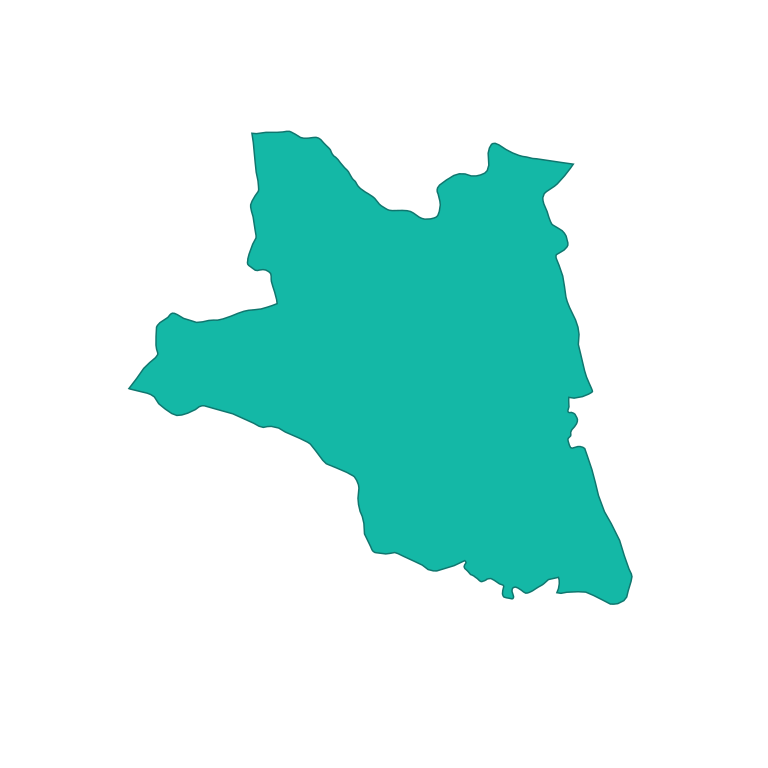 outline of Muong Lay, Điện Biên, Vietnam, rotated 343°
{"feature_id": "81297802B55776801112281", "entity_name": "Muong Lay", "entity_type": "district", "adm_level": 2, "iso_a3": "VNM", "parent_name": "Vietnam", "parent_adm1": "Điện Biên", "projection": "robinson", "projection_center": [103.13, 22.03], "detail": "fine", "context": "isolated", "style": "filled", "palette": "teal", "viewbox_px": 768, "rotation_deg": 343, "n_neighbors": 0, "source": "geoboundaries", "source_scale": "gbopen_adm2", "svg_char_len": 5403}
<svg xmlns="http://www.w3.org/2000/svg" viewBox="0 0 768 768"><g transform="rotate(343 384 384)"><path d="M629.3,229.1L618.6,224.1L595.7,213.2L592.1,211.8L586.7,208.6L583.1,206.9L579.8,204.8L574.5,200.6L569.3,195.5L563.8,188.9L560.6,186.3L558.4,185.9L556.9,186.2L553.8,189.1L551.1,193.7L549.7,199.4L548.2,205.4L545.1,210.1L542.0,211.8L537.4,212.3L533.1,212.0L528.2,210.5L522.9,206.8L517.4,205.0L511.7,205.0L503.2,207.2L495.3,210.0L492.6,212.1L491.6,213.8L491.1,215.8L491.3,218.1L490.9,225.5L490.2,229.2L487.3,235.2L484.7,238.6L482.9,239.6L480.6,239.9L476.7,239.7L471.2,238.3L468.6,236.7L466.4,234.7L462.1,229.1L459.8,226.8L456.7,225.0L452.4,223.4L442.6,220.6L439.9,219.4L438.4,218.3L436.7,216.5L433.5,212.8L432.1,210.6L430.8,207.3L429.4,203.8L428.0,201.6L424.6,197.5L422.2,194.9L418.6,190.2L417.1,187.3L416.5,185.3L416.0,182.8L415.6,181.6L414.5,179.8L413.8,178.3L413.0,175.1L412.0,170.5L411.1,168.4L409.6,165.8L407.0,159.8L405.6,155.9L404.1,153.1L402.6,151.2L401.7,148.8L401.4,146.9L401.2,144.5L400.5,142.7L398.3,138.7L396.7,135.6L395.0,131.8L393.3,129.7L391.4,128.4L390.9,128.2L388.5,127.6L383.2,126.7L379.1,125.5L376.2,123.8L372.2,119.2L368.8,115.8L367.4,114.7L364.7,113.9L361.0,113.4L355.8,112.2L348.2,109.9L344.5,108.8L338.2,107.8L335.2,107.3L331.0,105.6L329.6,114.9L325.7,133.9L323.7,144.1L322.9,152.8L321.8,158.1L321.0,161.4L320.1,163.0L315.7,166.4L311.4,170.4L308.9,173.6L308.2,175.9L307.8,179.9L307.7,185.8L305.8,198.8L305.0,204.9L304.3,206.9L303.7,207.5L299.3,211.9L292.9,220.4L290.4,224.5L289.8,226.1L288.9,228.0L288.7,229.5L289.3,231.1L294.1,237.5L294.7,237.8L296.2,238.5L298.1,238.6L301.7,239.2L304.2,240.4L306.0,242.2L307.1,243.6L307.7,244.9L307.9,245.7L307.6,248.0L306.7,251.0L306.3,253.0L306.2,258.3L306.3,264.2L306.0,271.7L305.3,275.9L299.8,276.3L294.8,276.4L288.3,276.3L281.7,275.1L275.9,273.9L271.3,273.5L265.0,273.7L257.5,274.4L249.0,274.7L243.5,274.3L239.8,273.1L235.0,272.0L228.6,271.5L222.7,270.3L219.3,267.9L211.6,262.7L206.7,257.3L204.3,255.2L202.3,254.4L200.6,254.7L199.3,255.4L197.0,257.0L195.2,257.6L187.7,259.8L184.5,261.7L183.1,263.1L179.9,271.9L177.3,280.2L176.7,284.1L176.7,288.3L176.2,289.7L173.2,292.0L166.2,295.0L158.8,298.8L149.2,306.3L138.7,313.8L139.6,314.5L150.7,321.1L154.8,323.5L157.9,325.9L160.6,329.2L162.8,337.0L167.3,343.8L172.4,350.2L176.7,353.5L181.6,354.5L187.8,354.5L196.2,353.3L200.6,351.7L203.6,351.6L205.8,352.3L214.6,358.0L230.7,368.3L248.0,383.5L252.1,387.8L255.9,390.2L260.0,390.6L263.9,391.6L270.4,395.3L275.5,401.0L287.4,411.2L294.0,417.4L296.0,419.9L299.1,427.8L303.2,439.2L305.5,443.4L307.9,445.4L313.7,450.1L322.4,457.5L327.7,462.9L328.6,464.2L329.7,468.2L330.1,472.9L329.6,476.2L325.7,485.7L324.4,491.8L323.9,498.8L324.5,504.4L324.0,511.5L321.5,521.7L323.1,531.9L323.7,535.8L323.9,538.1L324.3,540.1L325.1,541.4L326.1,542.5L327.3,543.1L336.0,547.0L340.0,547.7L345.0,548.3L347.8,550.3L352.4,554.6L360.9,562.2L367.7,568.4L371.9,574.3L376.5,577.1L379.9,578.2L384.9,578.2L394.8,578.2L398.0,578.2L409.6,576.5L410.1,577.6L410.2,578.4L410.2,578.8L409.9,579.2L409.0,579.9L408.2,580.6L407.2,582.1L407.2,583.1L407.4,584.2L408.3,585.6L409.3,587.4L411.1,591.5L412.4,592.5L413.8,593.9L414.9,595.5L416.1,597.0L416.9,598.3L417.7,599.8L418.2,600.5L419.1,601.4L420.1,601.6L421.4,601.5L422.6,601.5L424.3,601.2L425.5,600.7L427.2,600.8L429.4,601.3L432.0,603.9L436.0,608.9L437.8,610.2L439.0,611.1L439.1,611.4L439.3,611.8L439.3,612.7L438.8,613.5L438.2,614.5L437.1,616.4L436.6,617.7L436.1,618.8L435.9,619.6L435.9,620.7L436.0,621.6L436.3,622.6L437.0,623.2L438.7,624.3L440.9,625.4L442.5,626.3L443.6,626.9L444.4,626.9L445.1,626.4L445.6,625.7L445.8,625.0L445.8,623.9L445.8,622.6L445.8,621.2L445.8,619.6L446.1,618.9L446.4,618.1L446.9,617.3L447.6,616.8L448.3,616.5L449.1,616.5L450.1,616.5L451.0,617.1L452.3,618.1L453.5,619.5L455.1,621.4L456.6,623.6L458.3,625.4L460.0,625.8L461.6,625.8L464.0,625.5L465.6,625.2L469.7,624.0L472.3,623.3L474.7,622.8L476.9,622.3L478.7,621.6L481.7,620.2L484.1,619.1L494.3,619.9L494.2,622.7L493.2,626.3L491.0,630.7L488.3,634.1L492.0,635.9L498.0,636.6L508.9,639.4L516.1,642.0L522.5,647.4L529.7,654.3L536.1,660.6L539.4,661.7L543.4,662.4L550.0,661.3L553.8,658.7L557.0,653.3L562.6,644.9L564.0,642.2L564.6,641.1L564.8,640.8L564.8,640.3L565.0,638.0L564.2,632.6L563.6,618.3L563.6,602.5L560.5,584.0L557.5,570.6L556.5,553.5L557.3,539.8L557.8,526.6L557.4,512.1L557.1,504.4L555.6,502.6L554.4,501.9L553.4,501.2L551.2,500.5L547.2,500.4L545.2,500.4L543.8,499.3L543.4,496.6L543.4,494.1L543.4,492.7L543.5,491.7L543.7,490.6L544.5,489.7L547.3,488.2L547.8,487.3L548.0,486.3L548.5,484.6L550.3,482.6L553.8,480.5L556.5,478.3L557.9,476.4L558.6,474.6L558.6,472.8L557.8,468.8L556.8,467.4L554.8,465.9L553.2,465.7L552.1,465.0L552.0,464.5L551.9,463.9L552.1,463.1L554.2,459.9L554.8,457.5L555.8,453.8L556.8,450.8L561.7,453.1L570.2,454.1L576.8,453.5L580.2,452.7L581.1,452.2L581.3,451.1L581.1,448.7L580.4,443.1L579.7,436.5L579.7,430.0L580.8,413.1L581.4,403.0L585.0,393.6L586.1,386.4L585.9,378.7L583.8,365.0L583.3,358.8L583.4,354.1L585.1,343.5L586.5,333.0L586.1,321.6L585.5,315.1L585.5,313.3L586.0,311.6L586.7,310.7L595.5,308.5L599.1,306.4L600.4,305.0L601.1,302.8L601.2,299.9L601.3,298.6L601.4,295.7L600.6,292.5L599.2,289.5L596.3,286.1L592.1,281.5L591.2,280.1L590.7,277.3L590.4,272.8L590.4,266.8L589.5,258.5L589.7,254.9L590.3,252.3L592.9,248.8L595.6,247.5L604.9,244.7L608.2,243.3L617.7,237.6L625.2,232.3L629.3,229.1Z" fill="#14b8a6" stroke="#0f766e" stroke-width="1.5"/></g></svg>